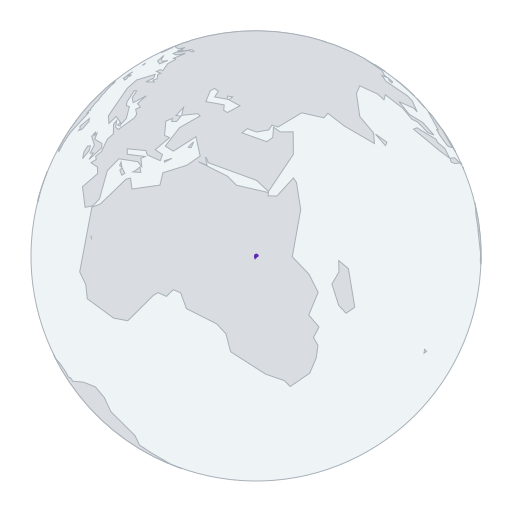 globe centered on Mubende, rotated 327°
{"feature_id": "UGA-3093", "entity_name": "Mubende", "entity_type": "District", "adm_level": 1, "iso_a3": "UGA", "parent_name": "Uganda", "parent_adm1": "", "projection": "orthographic", "projection_center": [31.514, 0.518], "detail": "fine", "context": "on_globe", "style": "filled", "palette": "violet", "viewbox_px": 512, "rotation_deg": 327, "n_neighbors": 0, "source": "natural_earth", "source_scale": "10m", "svg_char_len": 6806}
<svg xmlns="http://www.w3.org/2000/svg" viewBox="0 0 512 512"><g transform="rotate(327 256 256)"><circle cx="256" cy="256" r="225" fill="#eef3f6" stroke="#a8b0b8"/><path d="M127.2,71.2L121.4,75.5L117.9,78.2L113.2,81.7L127.2,71.2ZM32.4,228.3L32.0,232.6L33.1,239.7L33.3,249.5L32.8,255.4L34.1,257.3L34.1,261.2L42.6,267.9L50.0,278.3L51.7,292.0L49.5,307.6L56.7,340.7L55.3,351.1L61.1,364.4L70.7,383.4L69.1,381.8L60.6,368.1L53.1,353.9L46.6,339.1L41.2,323.9L36.9,308.4L33.7,292.6L31.7,276.6L30.8,260.5L31.0,244.4L32.4,228.3ZM70.3,383.5L75.9,391.3L78.2,394.3L70.3,383.5ZM115.8,432.3L116.0,432.5L115.8,432.3ZM431.0,114.1L431.3,114.6L426.2,108.4L430.2,113.7L434.7,119.1L434.8,119.0L435.7,120.1L440.6,127.1L447.5,137.3L450.5,142.3L454.5,149.5L462.7,168.9L462.1,174.2L463.3,178.1L459.9,173.1L460.2,180.4L470.2,204.1L471.5,210.9L469.7,222.9L468.8,217.8L460.0,204.5L461.7,220.6L468.6,235.0L471.1,251.5L467.3,245.8L464.4,231.4L461.2,226.2L459.6,212.1L452.3,191.2L448.4,194.7L446.3,186.5L435.7,169.8L428.7,174.5L419.0,195.6L421.6,216.8L416.6,226.2L401.0,195.4L394.0,175.4L388.3,177.2L372.3,160.8L344.6,159.8L340.7,154.9L335.4,157.2L324.1,152.4L318.1,144.5L311.3,145.1L327.3,166.0L334.7,165.7L340.8,157.5L343.9,165.2L354.8,172.1L342.7,191.1L301.6,208.7L297.7,192.9L266.8,151.8L267.8,147.3L267.7,146.8L267.3,145.9L264.4,153.3L259.1,145.6L275.5,173.5L278.2,186.0L301.0,209.6L298.8,212.1L306.2,217.1L329.9,210.9L330.0,216.3L318.8,241.4L286.0,276.4L290.5,300.1L288.3,320.4L268.1,334.2L270.1,349.9L259.8,355.6L259.3,364.6L251.1,374.2L237.3,383.5L213.6,384.1L211.9,375.9L199.7,360.3L182.6,322.5L188.4,304.9L186.1,291.5L169.0,262.2L172.8,245.8L168.2,239.1L158.9,241.1L153.7,233.2L148.0,233.2L113.2,240.5L102.8,230.6L91.2,200.0L97.7,187.3L99.5,173.3L144.9,125.7L153.9,127.6L188.9,120.8L193.2,122.3L188.4,132.3L214.1,144.2L223.2,135.5L247.2,142.2L263.6,141.8L270.6,123.2L243.8,123.1L239.8,114.4L261.8,106.7L285.4,108.1L284.6,104.9L270.3,97.5L276.2,91.9L265.4,94.6L269.4,97.8L262.7,99.9L258.6,97.2L260.9,95.1L253.9,93.8L244.9,105.1L248.0,109.6L229.4,112.0L232.8,120.0L227.6,123.9L219.9,112.0L221.1,107.6L206.4,96.0L203.5,100.6L217.2,112.2L212.7,111.4L208.8,118.9L208.2,112.5L194.0,99.8L177.7,103.5L155.9,122.8L146.5,125.1L139.2,122.1L148.2,103.4L168.0,100.7L171.5,95.1L168.4,87.9L174.6,88.0L175.8,85.1L183.4,84.2L195.0,77.0L202.8,76.0L208.3,67.9L213.0,66.5L208.4,71.5L209.5,74.9L229.1,73.9L233.1,72.2L235.1,67.3L240.2,68.1L239.6,63.6L251.3,61.9L236.5,60.5L238.4,55.8L245.9,52.5L243.9,51.0L231.6,56.6L229.1,59.3L231.2,61.7L222.1,70.1L215.2,71.8L214.7,62.9L204.8,64.7L208.7,58.0L239.4,45.2L251.8,43.4L270.3,48.7L267.0,51.0L258.6,50.0L265.5,54.7L265.3,52.4L269.6,53.5L272.5,50.2L275.7,50.9L273.0,47.0L277.2,47.5L278.8,49.9L286.7,46.6L295.7,47.4L295.9,46.4L293.7,45.1L306.6,47.6L306.2,46.8L301.8,45.6L298.2,43.5L296.8,41.0L301.4,42.0L302.5,43.0L311.6,47.1L313.9,50.3L315.6,50.6L314.7,48.0L303.6,42.9L301.5,41.2L307.3,43.3L305.0,42.4L305.4,41.9L310.0,42.5L303.9,40.2L301.9,36.0L310.6,37.6L316.0,39.4L318.7,39.6L335.0,45.0L350.7,51.6L366.0,59.4L380.5,68.3L394.4,78.3L407.5,89.3L419.7,101.2L431.0,114.1ZM128.7,148.7L127.3,152.8L128.7,148.7ZM310.2,120.1L324.4,121.3L318.2,110.0L323.1,109.8L319.2,106.3L317.6,109.2L308.0,100.1L314.2,97.3L312.5,92.9L307.7,92.4L298.0,99.2L311.6,111.9L308.3,116.3L310.2,120.1ZM106.1,87.8L116.3,79.4L110.7,83.9L107.3,87.3L102.1,92.3L105.0,89.3L102.3,91.6L104.7,89.1L106.1,87.8ZM174.8,72.1L177.1,73.4L173.7,76.7L163.7,79.9L168.5,74.9L174.8,72.1ZM181.0,74.8L183.3,66.2L189.6,64.5L185.7,66.8L189.6,66.5L184.4,70.2L188.1,77.8L185.4,81.3L168.6,84.1L175.6,80.9L172.9,79.5L181.0,74.8ZM178.0,53.4L179.0,51.3L191.2,50.0L188.9,52.2L178.8,55.0L175.7,54.1L178.0,53.4ZM223.5,33.1L224.8,32.9L224.3,33.2L227.7,32.6L233.1,32.2L233.4,32.7L228.7,32.9L232.4,33.5L225.9,34.2L226.7,34.3L221.7,35.3L217.1,36.8L214.3,37.1L213.7,37.6L210.4,38.6L208.7,39.5L202.9,40.6L200.4,41.9L199.1,41.7L196.2,43.8L195.8,42.8L191.5,44.4L194.2,44.5L167.4,51.4L156.5,56.1L147.6,61.0L148.0,59.4L156.6,54.3L168.9,48.4L179.4,44.5L177.7,44.9L182.2,43.3L181.6,43.6L185.2,42.2L188.7,41.1L199.7,37.9L200.2,37.7L223.5,33.1ZM227.4,32.5L227.1,32.6L226.8,32.6L227.4,32.5ZM198.5,118.4L201.8,118.7L207.2,118.1L204.9,123.2L198.5,118.4ZM188.6,109.8L191.7,109.0L191.0,115.2L187.5,115.2L188.6,109.8ZM194.0,103.7L191.9,108.5L190.9,105.9L194.0,103.7ZM211.4,70.8L214.8,70.1L214.9,71.2L212.8,73.0L211.4,70.8ZM243.2,37.1L241.0,36.6L242.1,36.3L241.5,34.7L246.2,34.5L248.5,35.3L243.2,37.1ZM265.8,126.3L260.7,129.8L258.4,128.1L260.6,127.2L265.8,126.3ZM231.1,126.2L238.8,128.4L230.4,127.5L231.1,126.2ZM248.3,36.6L247.5,35.9L250.4,36.2L248.3,36.6ZM249.7,34.2L253.2,34.5L246.7,34.3L249.7,34.2ZM346.5,426.1L347.2,428.9L344.0,429.0L346.5,426.1ZM326.6,317.0L310.9,352.8L300.3,353.0L298.5,342.4L304.4,320.8L316.8,314.7L322.9,304.9L326.6,317.0ZM477.9,293.5L477.9,295.0L477.7,296.1L477.9,293.5ZM478.2,289.3L478.5,290.2L477.7,291.5L478.2,289.3ZM478.7,290.2L478.5,290.6L478.8,289.5L478.7,290.2ZM477.7,289.0L473.3,286.9L470.8,283.4L472.0,279.7L475.9,281.7L477.7,289.0ZM471.7,279.5L467.3,267.7L457.2,235.4L460.9,236.2L470.6,256.2L470.1,259.4L472.9,268.6L471.7,279.5ZM480.4,262.0L479.7,272.0L477.8,270.0L476.6,267.9L475.9,254.8L476.3,248.5L477.5,249.1L479.0,229.0L480.1,234.9L480.3,243.4L481.0,252.5L480.4,262.0ZM422.6,218.9L427.8,231.9L424.7,233.9L422.6,218.9ZM477.4,214.8L478.2,223.4L476.7,211.7L477.4,214.8ZM475.1,203.7L476.2,208.4L475.0,203.6L475.1,203.7ZM465.4,184.2L464.3,184.9L463.2,181.7L463.9,179.0L465.4,184.2ZM459.7,159.7L463.7,168.7L464.9,171.7L462.4,166.0L459.7,159.7ZM288.0,37.6L283.6,39.6L283.6,41.9L288.6,44.0L279.7,42.3L279.7,38.8L288.0,37.6ZM299.7,35.9L295.3,34.7L298.4,35.2L299.8,35.5L299.7,35.9ZM296.2,35.2L288.6,34.1L286.9,33.5L293.2,34.4L296.2,35.2ZM268.5,34.0L266.8,34.5L264.5,34.1L268.5,34.0ZM441.9,383.2L440.1,385.5L441.1,382.8L445.7,376.2L456.2,355.4L456.3,356.0L462.3,342.4L468.1,331.9L468.8,330.0L461.4,348.5L452.4,366.3L441.9,383.2ZM480.8,270.0L481.0,266.3L480.2,277.7L480.1,277.2L480.8,267.1L481.2,255.5L481.2,250.9L481.3,253.8L481.2,255.1L481.2,261.6L481.2,260.8L480.8,270.0ZM475.1,203.5L474.7,202.1L469.6,184.5L472.7,194.5L473.5,197.2L473.6,197.8L475.1,203.5Z" fill="#d9dde1" stroke="#a8b0b8" stroke-width="1"/><path d="M255.4,255.3L255.5,255.1L255.6,254.9L255.6,254.7L256.3,254.7L256.5,254.6L256.9,254.8L257.1,254.8L257.3,254.9L257.6,255.3L257.7,255.5L257.6,255.8L257.6,256.0L257.8,256.2L257.8,256.4L257.7,256.4L257.7,256.5L257.8,256.7L257.7,256.9L257.2,256.9L257.0,257.0L256.8,256.9L256.6,256.8L256.4,256.7L256.2,256.7L255.9,256.9L255.7,256.9L255.4,257.0L255.1,257.3L254.8,257.4L254.7,257.3L254.6,257.1L254.4,257.1L254.2,257.2L254.3,256.9L254.4,256.7L254.5,256.7L254.4,256.5L254.4,256.4L254.5,256.3L254.5,256.1L254.9,256.0L254.9,255.9L255.0,255.9L254.9,255.7L255.1,255.3L255.2,255.2L255.4,255.3Z" fill="#8b5cf6" stroke="#5b21b6" stroke-width="1.5"/></g></svg>